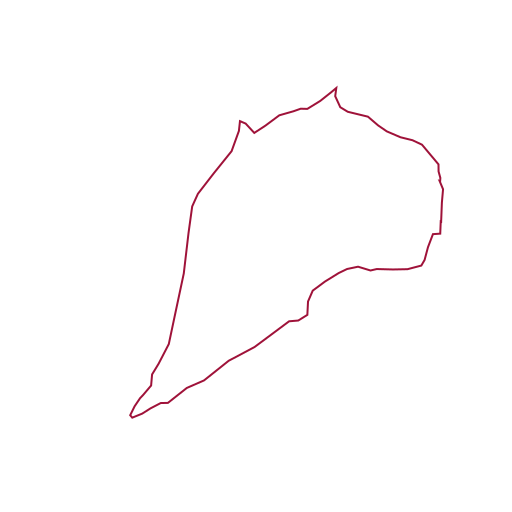 Rättvik, Dalarna, Sweden, rotated 230°
{"feature_id": "70781695B61189370844714", "entity_name": "Rättvik", "entity_type": "district", "adm_level": 2, "iso_a3": "SWE", "parent_name": "Sweden", "parent_adm1": "Dalarna", "projection": "albers", "projection_center": [15.284, 61.217], "detail": "fine", "context": "isolated", "style": "outline", "palette": "rose", "viewbox_px": 512, "rotation_deg": 230, "n_neighbors": 0, "source": "geoboundaries", "source_scale": "gbopen_adm2", "svg_char_len": 1068}
<svg xmlns="http://www.w3.org/2000/svg" viewBox="0 0 512 512"><g transform="rotate(230 256 256)"><path d="M233.9,105.7L232.1,100.3L224.2,92.4L222.1,80.2L221.6,75.8L218.9,66.4L214.9,57.3L211.7,57.3L208.4,67.5L207.1,77.2L204.6,88.5L200.1,94.1L199.4,118.2L194.1,136.2L193.3,167.8L187.2,196.4L184.7,239.4L179.4,246.9L177.9,257.5L187.7,266.6L193.0,277.2L192.1,292.4L189.8,308.3L187.5,317.4L182.2,327.3L171.3,334.4L168.4,340.1L157.7,352.2L148.5,363.6L142.4,376.5L144.6,382.6L152.2,393.4L159.0,405.6L154.7,411.5L163.7,419.7L163.3,419.9L177.4,432.7L186.9,442.2L194.9,444.7L194.6,444.8L197.3,447.4L203.4,450.2L208.9,454.7L221.2,454.7L234.6,454.7L244.1,450.3L254.1,443.0L267.4,436.3L277.5,433.5L290.8,431.3L296.9,426.8L307.5,419.0L315.8,416.2L327.5,419.4L333.1,425.5L333.1,419.4L333.5,404.9L335.7,389.9L340.1,384.9L342.8,377.7L348.8,364.3L349.8,347.1L351.4,333.8L364.1,333.2L369.6,330.4L362.8,323.3L352.0,304.7L346.5,276.8L341.0,251.5L335.0,239.0L317.0,219.1L289.0,189.4L261.2,153.8L244.6,132.6L236.1,112.2L233.9,105.7Z" fill="none" stroke="#9f1239" stroke-width="2"/></g></svg>